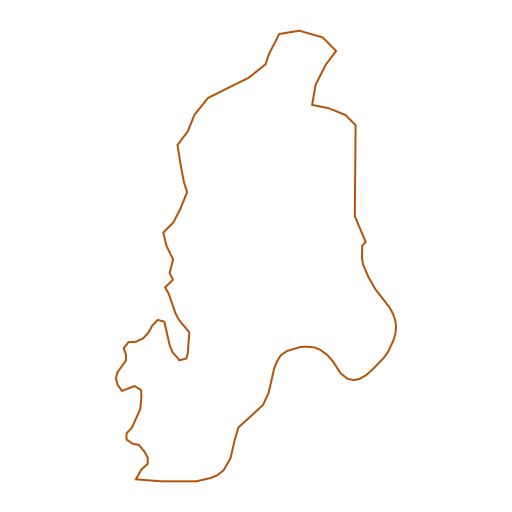 the district of Kumchon, Hwanghae-bukto, North Korea
{"feature_id": "82179303B1083832537536", "entity_name": "Kumchon", "entity_type": "district", "adm_level": 2, "iso_a3": "PRK", "parent_name": "North Korea", "parent_adm1": "Hwanghae-bukto", "projection": "robinson", "projection_center": [126.491, 38.201], "detail": "fine", "context": "isolated", "style": "outline", "palette": "amber", "viewbox_px": 512, "rotation_deg": 0, "n_neighbors": 0, "source": "geoboundaries", "source_scale": "gbopen_adm2", "svg_char_len": 1484}
<svg xmlns="http://www.w3.org/2000/svg" viewBox="0 0 512 512"><path d="M365.6,241.8L354.8,216.2L355.0,192.6L355.3,162.3L355.6,125.2L345.6,115.1L328.9,108.3L312.1,104.9L315.6,84.7L325.9,64.5L336.1,51.0L322.8,37.5L299.3,30.7L279.2,34.0L268.9,54.2L265.5,64.3L248.6,77.8L228.3,87.8L208.1,97.9L194.5,114.7L187.7,131.5L177.5,145.0L180.7,165.2L183.9,182.0L187.1,192.1L180.3,209.0L173.4,222.4L163.3,232.5L166.5,246.0L173.1,259.5L169.6,273.0L172.9,279.7L165.1,287.4L168.9,294.2L175.2,312.6L178.7,319.6L189.3,332.4L187.8,353.0L186.4,358.5L179.2,360.3L178.1,358.5L172.6,352.3L169.8,345.7L164.3,321.7L157.8,319.9L152.3,325.5L148.6,332.4L143.2,338.3L135.7,341.8L128.5,342.2L123.7,348.1L126.0,354.7L125.9,360.6L117.4,372.4L115.9,378.7L117.6,384.6L121.9,390.9L134.6,386.0L141.1,390.2L141.4,396.4L140.3,408.9L131.9,427.7L128.3,431.5L126.5,433.3L126.5,439.5L132.5,443.7L138.8,444.8L144.3,451.4L147.7,457.6L147.7,463.9L141.4,469.5L135.9,479.3L161.1,481.3L181.1,481.3L196.4,481.3L210.2,478.1L217.0,475.4L223.6,470.2L230.5,458.3L234.8,439.5L238.5,427.4L262.9,405.1L268.6,392.9L274.3,367.9L276.9,361.6L280.7,355.4L287.2,350.9L300.4,347.0L307.0,346.7L314.4,347.4L320.2,349.8L327.3,355.0L332.8,361.3L340.8,373.5L347.4,378.7L351.0,379.5L353.4,380.1L359.4,379.0L366.0,375.2L372.0,370.0L383.8,357.8L388.1,351.9L393.5,340.1L395.5,333.1L396.1,326.5L395.2,320.3L392.9,313.7L389.5,307.4L375.2,289.0L368.3,276.8L363.1,264.6L362.0,258.4L362.2,245.8L365.6,241.8Z" fill="none" stroke="#b45309" stroke-width="2"/></svg>